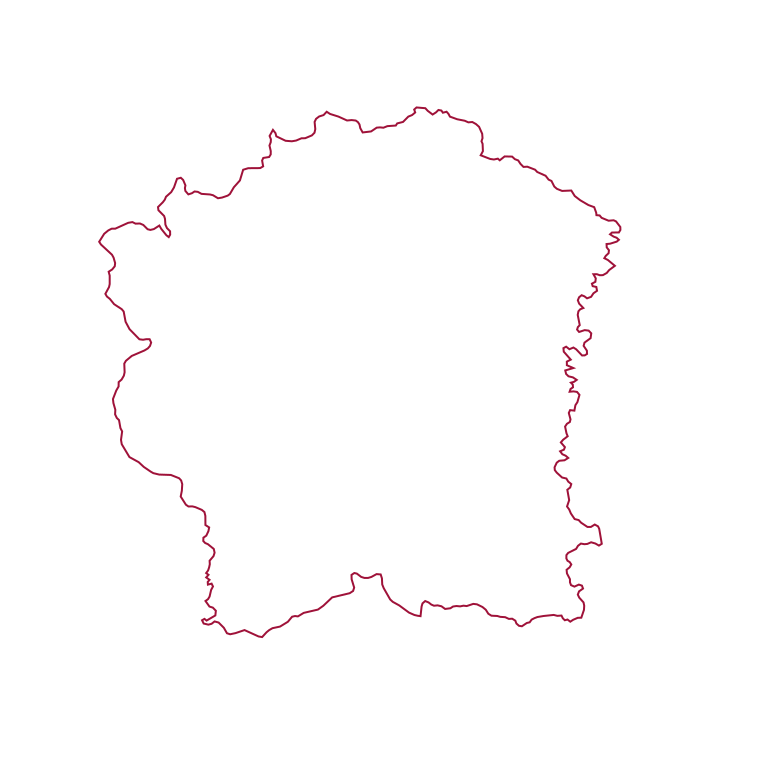 outline of Patrocínio, Minas Gerais, Brazil, rotated 255°
{"feature_id": "56859067B77345042852245", "entity_name": "Patrocínio", "entity_type": "district", "adm_level": 2, "iso_a3": "BRA", "parent_name": "Brazil", "parent_adm1": "Minas Gerais", "projection": "albers", "projection_center": [-47.063, -18.985], "detail": "fine", "context": "isolated", "style": "outline", "palette": "rose", "viewbox_px": 768, "rotation_deg": 255, "n_neighbors": 0, "source": "geoboundaries", "source_scale": "gbopen_adm2", "svg_char_len": 6154}
<svg xmlns="http://www.w3.org/2000/svg" viewBox="0 0 768 768"><g transform="rotate(255 384 384)"><path d="M199.3,147.8L197.0,152.1L197.0,155.4L198.5,158.9L196.4,162.5L190.0,166.2L183.9,167.8L182.1,170.6L181.8,176.0L182.4,185.6L172.6,197.5L171.1,200.8L174.6,206.3L176.0,209.4L177.0,213.1L176.6,220.8L179.2,229.6L183.0,235.0L182.9,238.0L181.8,240.7L183.7,247.2L183.2,261.8L185.5,268.0L191.3,278.7L190.8,296.7L192.1,300.6L195.1,302.5L203.7,302.2L208.0,303.2L209.1,306.4L207.9,308.7L203.6,312.0L201.8,314.8L200.8,318.4L200.9,321.9L202.3,327.6L200.9,331.5L196.8,331.7L190.8,330.4L186.8,330.9L174.3,334.2L171.3,336.1L166.2,341.4L156.7,349.0L153.0,353.6L151.4,356.6L150.3,359.2L159.3,362.7L162.1,364.4L163.7,367.6L161.5,370.5L158.7,372.6L156.9,374.9L156.3,378.5L154.4,382.0L150.9,384.8L150.2,390.1L151.2,393.1L150.8,396.5L149.5,400.0L149.3,403.4L148.1,406.4L148.5,413.3L147.1,416.8L143.1,421.4L139.6,423.9L135.1,425.3L132.4,427.8L130.6,433.4L129.0,436.0L127.4,440.7L124.8,443.8L124.1,447.1L121.4,449.6L118.4,449.9L115.5,451.8L114.3,454.5L116.2,460.1L116.1,463.0L118.2,465.6L118.9,468.8L119.2,471.9L118.6,478.2L117.0,488.2L115.2,491.4L114.4,495.5L111.4,496.1L109.0,497.5L109.0,500.3L106.2,502.4L107.3,505.7L108.0,510.6L107.2,514.1L114.1,518.7L118.0,520.0L121.4,520.2L127.1,517.3L130.4,516.7L133.2,518.7L134.9,523.3L138.0,523.0L139.8,520.3L139.0,515.5L141.3,512.6L144.3,512.3L147.3,513.1L153.7,511.7L157.3,512.3L158.9,515.9L161.2,518.2L163.9,517.3L165.8,515.5L168.3,515.0L171.5,515.9L173.2,518.2L175.0,526.9L177.5,529.5L178.9,532.9L177.4,536.1L176.9,539.0L177.5,543.1L175.2,546.9L172.3,549.8L173.3,553.0L188.4,554.4L191.1,553.9L193.7,551.2L192.4,546.9L193.3,543.5L199.0,538.5L202.2,536.8L204.2,533.2L210.6,531.0L214.9,530.4L218.3,529.1L223.9,532.8L234.4,533.7L235.9,537.1L238.9,539.0L242.0,536.7L245.5,535.7L247.6,531.8L253.7,527.9L256.6,526.7L259.4,527.2L263.3,530.5L264.5,533.4L263.6,538.6L264.9,542.8L267.7,540.9L270.0,538.1L273.4,536.7L274.0,540.8L276.2,542.4L281.8,539.7L283.8,542.6L286.0,547.9L289.1,547.5L296.0,547.9L298.2,550.4L299.2,553.7L301.6,555.0L308.2,555.0L310.6,557.0L309.0,561.0L314.0,563.4L316.4,566.1L322.9,570.0L326.4,568.4L327.8,565.2L328.5,561.3L330.9,562.9L331.9,565.7L334.6,566.2L336.9,564.9L336.9,568.0L338.1,571.2L341.5,568.2L343.7,564.2L346.6,562.5L350.2,562.6L350.4,571.0L354.8,565.5L358.3,566.4L359.2,570.7L368.7,566.0L372.2,566.6L372.9,569.6L369.6,572.1L370.2,576.4L367.8,578.6L360.3,582.7L359.7,585.3L360.5,587.9L363.7,588.6L369.2,586.7L372.1,588.4L374.8,595.4L379.3,597.3L382.6,595.5L384.1,591.8L383.8,585.9L386.6,584.6L388.8,586.0L390.2,588.3L400.6,589.0L403.9,590.6L405.4,592.9L405.8,596.2L411.1,593.3L414.7,592.9L417.3,594.9L418.6,597.9L416.8,600.3L414.2,602.3L414.6,606.6L417.4,609.8L418.9,613.9L422.8,614.2L424.5,610.9L427.1,610.8L428.0,614.6L431.2,615.9L435.8,614.7L435.0,618.0L433.2,620.6L432.5,623.6L433.6,627.9L435.8,631.0L438.4,637.6L445.9,632.3L448.5,629.4L450.4,631.4L452.2,634.8L455.0,635.9L458.3,634.5L461.6,635.2L461.0,638.8L461.3,645.7L462.5,648.2L465.1,646.5L466.9,644.0L470.1,641.1L471.3,643.4L469.6,650.1L471.6,652.2L474.5,652.9L481.0,650.2L482.7,648.2L483.6,643.2L488.2,637.2L491.0,635.9L492.1,632.9L494.5,633.3L500.4,632.8L504.0,627.7L510.7,621.1L516.2,616.9L522.4,615.0L524.4,606.0L527.8,601.5L530.6,599.6L536.8,598.3L538.8,595.9L543.3,594.0L549.1,586.9L551.9,585.4L556.8,578.7L557.6,574.9L561.3,572.8L565.2,571.5L567.3,568.6L570.5,566.6L572.6,559.4L570.1,553.7L572.2,552.3L572.4,548.3L573.9,544.8L579.9,536.6L583.3,539.8L590.5,541.4L593.2,541.0L596.0,542.8L600.3,543.6L607.8,542.4L611.3,540.1L614.2,537.1L614.9,533.2L617.4,530.1L620.8,523.2L625.2,516.9L628.2,516.2L630.8,514.9L630.8,511.1L633.3,510.2L634.6,507.5L632.9,504.5L631.7,500.7L636.6,496.9L639.7,495.3L642.7,487.0L641.3,484.2L638.2,484.4L636.5,480.7L636.0,476.7L632.2,470.2L632.3,464.2L630.6,462.3L632.2,454.0L631.7,449.8L632.9,446.6L633.5,443.3L631.3,436.9L632.5,428.5L637.3,427.3L641.0,427.5L643.7,426.6L645.8,424.9L647.3,421.1L648.1,416.5L654.1,409.2L658.8,401.8L661.8,399.1L659.4,395.2L659.2,390.6L657.7,387.0L655.1,384.8L648.0,383.6L644.7,381.9L642.8,378.7L641.8,371.5L642.7,367.9L641.9,362.1L642.3,357.8L644.4,351.9L651.1,344.1L654.4,344.1L658.2,342.5L653.2,337.7L649.7,338.1L646.9,337.2L644.0,335.1L638.3,334.9L635.1,334.0L633.0,331.8L633.6,325.9L631.4,324.1L625.5,323.6L624.6,320.3L627.6,308.7L627.4,303.4L617.9,297.5L612.9,289.9L607.4,284.3L606.4,281.8L606.0,275.8L606.4,271.7L610.6,267.7L612.1,265.0L614.9,256.9L617.8,253.9L619.0,250.8L618.0,247.9L617.8,244.1L621.9,242.1L624.8,242.4L627.2,243.6L633.1,242.8L635.8,241.1L635.8,237.2L628.2,232.0L624.4,228.1L621.3,221.9L618.8,220.0L616.8,217.4L613.4,211.5L610.2,211.1L603.2,215.1L600.2,215.2L594.5,214.1L590.8,214.7L586.9,216.9L583.6,216.1L581.6,214.1L584.0,212.3L591.5,209.0L595.2,208.0L593.2,201.8L593.3,198.2L594.7,195.7L599.9,192.7L602.2,189.8L603.2,185.5L605.5,182.9L605.9,178.6L603.6,164.7L604.5,161.1L603.7,157.4L601.5,152.6L595.1,145.7L592.0,146.7L579.3,154.7L576.1,155.5L570.4,155.6L567.4,154.4L565.0,151.1L563.7,147.1L559.7,147.1L551.5,144.9L548.8,143.5L543.2,138.2L540.2,139.0L537.2,141.2L530.9,144.0L524.2,150.0L521.4,151.3L511.0,150.5L502.8,152.4L490.5,159.3L489.1,162.7L488.8,166.1L487.9,169.2L484.3,169.8L481.3,167.8L479.5,165.1L478.4,161.3L476.4,147.6L473.2,140.7L470.9,138.4L462.5,136.5L459.4,134.9L456.2,131.7L454.5,128.2L450.3,127.0L447.0,123.7L439.6,118.3L435.6,117.7L428.6,117.8L424.3,116.4L420.4,117.1L417.7,118.7L409.6,118.0L406.0,118.8L398.1,115.5L393.7,115.1L379.3,119.2L372.0,126.8L366.1,130.5L359.7,136.0L357.6,138.1L354.7,143.4L351.3,154.6L346.0,161.7L343.3,163.1L339.5,163.2L333.2,161.1L327.9,158.5L318.7,161.4L316.3,163.4L315.4,167.2L313.9,169.9L309.6,175.4L306.8,177.4L302.8,177.3L294.0,175.0L290.7,178.0L287.3,176.3L283.5,173.1L282.3,169.8L279.1,168.8L276.7,170.1L274.9,172.4L268.7,176.9L264.9,176.7L261.9,174.8L258.4,169.8L255.0,169.1L252.1,167.6L249.4,165.8L247.4,163.3L245.1,165.1L243.2,162.2L240.0,164.8L238.4,162.5L235.8,162.0L235.8,165.8L232.7,166.4L229.8,163.7L223.8,160.5L221.7,158.3L220.6,155.4L214.2,157.8L212.3,160.8L208.5,162.9L204.1,161.2L201.4,151.4L203.6,149.8L202.9,147.1L199.3,147.8Z" fill="none" stroke="#9f1239" stroke-width="2"/></g></svg>